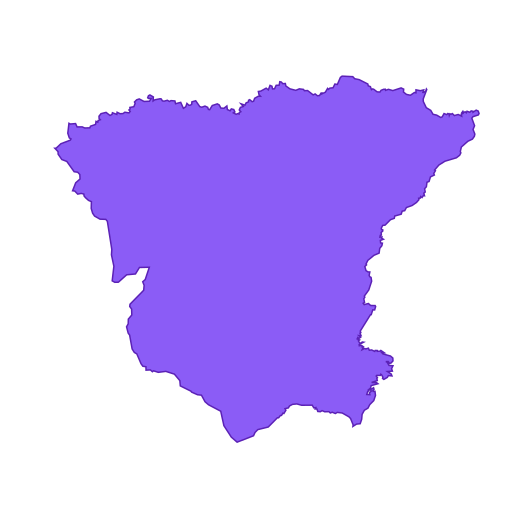 the district of Purwakarta, Jawa Barat, Indonesia, rotated 275°
{"feature_id": "22746128B43709097539954", "entity_name": "Purwakarta", "entity_type": "district", "adm_level": 2, "iso_a3": "IDN", "parent_name": "Indonesia", "parent_adm1": "Jawa Barat", "projection": "natural_earth1", "projection_center": [107.447, -6.592], "detail": "fine", "context": "isolated", "style": "filled", "palette": "violet", "viewbox_px": 512, "rotation_deg": 275, "n_neighbors": 0, "source": "geoboundaries", "source_scale": "gbopen_adm2", "svg_char_len": 6108}
<svg xmlns="http://www.w3.org/2000/svg" viewBox="0 0 512 512"><g transform="rotate(275 256 256)"><path d="M436.7,411.6L437.2,411.2L434.9,410.7L433.5,408.6L433.5,408.0L436.1,408.6L435.0,405.3L435.5,400.9L432.5,401.1L432.7,399.6L429.6,395.8L430.1,391.8L432.2,388.6L435.1,388.6L436.1,385.9L432.7,377.9L433.6,373.4L432.3,370.6L433.4,370.3L433.2,368.6L432.0,366.2L430.1,365.1L430.1,362.3L432.4,358.7L432.6,357.5L431.8,356.5L434.7,355.2L435.3,353.0L437.1,352.4L440.7,343.4L441.2,338.9L443.1,336.8L442.7,326.1L441.3,324.5L434.0,322.1L434.2,319.6L430.3,318.1L429.7,315.0L428.3,313.6L429.2,312.7L425.2,310.8L423.3,307.5L424.1,307.6L424.0,306.6L421.4,305.3L421.0,303.2L422.6,300.8L421.5,298.9L425.3,293.0L424.9,289.8L426.1,288.8L426.3,284.6L424.5,281.2L425.5,275.2L428.0,270.9L430.4,270.2L430.0,267.6L431.5,266.1L431.7,264.5L428.2,264.2L427.8,261.2L424.2,259.9L423.9,257.9L426.5,257.1L427.2,255.1L422.6,253.8L424.1,251.5L420.7,246.4L420.1,244.0L417.1,244.9L415.5,246.5L415.4,244.4L413.0,240.9L410.0,240.1L409.4,238.7L411.2,236.1L410.5,235.0L408.9,235.1L407.7,232.8L405.3,231.8L406.3,227.8L403.8,230.3L402.7,227.5L400.0,226.6L398.4,228.3L397.4,226.8L396.0,226.8L396.2,225.2L395.4,223.9L396.6,221.0L397.7,222.4L400.0,221.1L400.4,218.6L398.4,217.5L399.4,214.7L402.9,213.9L400.4,211.2L400.3,208.1L403.3,206.2L404.2,204.2L402.1,199.3L397.7,197.1L397.9,195.8L399.9,194.9L400.9,192.1L399.5,189.0L399.9,187.0L405.4,182.4L404.0,178.7L401.5,178.7L400.5,177.4L400.3,176.0L402.0,173.9L398.5,173.0L396.8,170.8L402.5,167.6L400.7,162.6L403.4,161.7L403.4,157.8L402.4,156.2L403.4,154.1L402.2,150.9L402.4,149.2L404.2,147.9L404.3,146.8L402.8,141.6L401.5,140.0L405.5,139.9L407.2,136.3L406.3,134.9L404.2,134.3L403.6,135.1L403.8,137.9L400.9,136.4L400.2,131.0L402.3,126.0L401.2,123.5L398.8,121.5L397.6,122.3L394.1,121.3L393.0,117.4L391.6,117.8L390.4,116.7L389.1,118.1L387.5,117.0L387.8,112.8L386.3,111.1L385.9,108.2L387.1,105.1L384.9,105.0L386.2,100.5L384.5,100.2L383.3,98.3L386.0,94.1L384.3,89.2L381.6,87.4L379.3,87.7L378.2,89.0L377.2,86.9L375.5,86.7L376.2,84.9L373.1,84.7L370.9,79.8L369.2,79.3L368.6,74.2L369.5,71.6L369.0,66.5L372.2,64.7L371.3,59.5L371.9,58.1L361.9,57.8L357.4,59.7L356.5,61.5L355.2,60.9L350.9,51.9L346.0,47.5L345.8,46.2L342.7,49.7L340.2,50.0L335.2,54.1L333.7,59.3L324.1,67.5L323.9,71.1L321.8,73.4L317.4,74.0L313.2,70.0L305.0,67.6L304.9,69.8L302.1,73.0L303.1,76.4L302.7,79.1L300.8,79.5L299.2,81.1L296.8,84.3L295.8,87.3L289.0,87.7L284.4,89.5L281.7,91.7L279.1,97.4L279.4,103.2L277.6,104.9L249.9,111.8L244.6,111.9L233.4,115.3L218.7,114.9L217.5,117.6L217.9,121.2L226.0,128.8L227.6,137.5L234.4,140.9L235.5,150.7L222.9,147.7L220.5,145.4L217.0,147.1L212.1,147.1L197.0,134.7L194.7,134.6L192.3,136.7L186.4,137.4L182.0,134.3L177.3,134.6L174.2,133.2L168.0,135.4L166.2,137.0L152.6,140.7L149.3,143.2L148.1,145.8L138.6,150.9L136.3,152.9L136.1,156.0L132.7,156.4L133.3,160.7L131.7,162.9L132.7,163.9L131.6,168.8L133.2,176.2L131.2,185.0L125.2,191.0L120.0,191.9L115.7,202.9L114.8,203.7L112.7,209.8L112.6,213.8L106.4,217.9L103.7,221.6L98.3,234.4L84.2,238.8L73.4,247.2L68.9,253.4L76.7,269.2L80.1,270.4L83.2,272.9L86.7,283.1L96.7,291.4L96.8,292.6L99.2,294.2L99.4,295.3L101.8,296.5L101.5,297.5L104.9,299.2L106.5,298.2L107.5,301.5L109.5,302.4L111.4,305.3L112.2,309.6L111.3,314.4L112.3,325.0L109.8,326.8L110.2,328.8L108.8,328.3L108.9,330.0L106.5,331.1L106.5,333.7L107.7,335.3L106.8,338.0L107.3,342.2L106.1,343.7L107.0,345.6L106.0,348.8L107.3,350.6L107.1,355.6L103.9,362.6L102.3,364.4L96.2,367.5L94.7,367.4L97.3,370.8L98.0,374.4L102.5,375.5L107.5,375.5L111.8,377.4L114.2,380.8L117.9,382.3L122.2,385.9L127.5,387.2L131.6,386.3L131.3,384.6L132.0,384.2L133.5,385.2L135.0,384.6L132.7,381.5L131.5,382.7L129.6,380.9L127.8,381.5L127.7,378.4L130.6,379.0L131.6,380.2L132.3,379.5L134.6,381.7L136.9,382.0L139.4,388.6L140.3,387.2L140.1,382.2L142.5,387.7L144.6,387.0L145.3,387.6L146.9,386.2L147.6,386.7L147.9,390.3L149.1,390.6L148.7,391.4L146.3,393.0L145.1,392.7L144.2,394.1L146.5,397.4L148.4,398.3L148.4,401.9L150.3,400.9L152.4,397.0L153.2,401.9L155.5,400.9L158.6,402.0L158.6,398.0L161.8,395.8L162.1,394.5L162.4,396.9L160.6,398.5L161.2,399.9L163.4,401.6L166.3,401.2L168.1,398.7L169.5,391.0L170.7,389.7L170.9,392.0L172.8,388.6L172.0,387.9L171.6,385.2L172.4,385.1L172.3,383.0L171.3,382.6L172.5,379.4L172.0,377.1L174.0,376.0L173.0,373.5L173.4,372.2L171.9,369.9L174.8,370.9L174.8,369.7L175.4,370.1L176.1,368.9L175.6,366.7L176.8,366.5L179.5,370.7L179.6,369.3L178.3,368.2L178.6,366.7L180.4,365.4L181.4,366.5L182.2,364.0L183.7,364.5L182.9,365.8L184.2,367.3L185.7,365.4L185.8,367.6L188.2,366.3L188.8,367.1L190.3,366.4L207.4,375.1L207.6,375.9L212.5,377.0L212.6,378.9L216.1,379.6L217.0,379.0L216.7,374.5L218.5,372.1L217.0,368.0L218.3,366.9L219.2,368.2L222.8,367.1L224.4,368.0L225.5,367.4L232.0,371.3L241.0,373.4L244.7,372.5L245.3,371.1L246.6,370.4L250.0,370.8L249.9,369.0L251.0,366.9L255.0,365.3L256.8,366.9L257.6,366.3L261.4,367.8L267.0,373.5L269.6,378.4L274.4,378.6L277.2,380.5L279.8,380.8L279.9,379.0L282.3,378.5L283.8,381.5L284.7,379.6L286.0,379.8L285.6,377.8L287.4,378.0L287.8,379.1L290.3,378.6L291.9,380.1L293.1,380.0L293.3,378.8L294.6,378.4L297.5,379.5L298.0,381.9L303.9,386.8L305.6,390.5L307.9,390.7L310.3,397.0L313.4,397.7L314.1,400.2L317.4,401.6L319.9,407.1L323.3,411.2L326.3,413.4L327.7,413.0L327.9,414.5L329.6,414.9L328.7,416.3L330.8,417.5L330.7,418.6L333.2,417.7L334.5,419.0L337.7,418.1L339.8,419.7L344.4,419.9L345.3,421.9L350.0,422.9L352.2,426.6L353.7,425.9L356.6,427.3L357.2,426.4L362.6,430.3L366.9,436.0L371.3,447.1L374.1,450.1L376.6,451.1L377.9,450.4L382.5,451.1L388.8,457.1L391.3,461.4L394.2,463.1L396.5,463.4L401.0,461.2L404.8,462.4L412.1,459.0L413.7,460.0L415.9,465.2L417.4,465.8L419.8,464.7L420.5,462.6L418.2,459.7L419.1,459.6L419.3,457.7L417.8,456.4L418.6,453.6L417.0,453.0L417.9,451.8L417.0,450.2L418.2,449.5L416.6,448.5L415.9,449.5L415.2,448.1L413.2,448.7L414.6,445.1L413.2,441.4L415.0,439.2L414.2,437.9L414.6,436.8L413.0,436.3L414.2,436.0L414.7,434.7L413.5,433.7L414.3,430.9L410.9,429.4L410.1,428.0L412.1,423.7L412.6,420.0L416.3,417.4L418.6,412.7L424.5,409.2L427.0,408.9L436.7,411.6Z" fill="#8b5cf6" stroke="#5b21b6" stroke-width="1.5"/></g></svg>